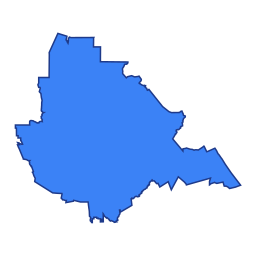 Aldama, Chihuahua, Mexico (Robinson projection)
{"feature_id": "50627088B67043530022751", "entity_name": "Aldama", "entity_type": "district", "adm_level": 2, "iso_a3": "MEX", "parent_name": "Mexico", "parent_adm1": "Chihuahua", "projection": "robinson", "projection_center": [-105.535, 29.114], "detail": "fine", "context": "isolated", "style": "filled", "palette": "blue", "viewbox_px": 256, "rotation_deg": 0, "n_neighbors": 0, "source": "geoboundaries", "source_scale": "gbopen_adm2", "svg_char_len": 5705}
<svg xmlns="http://www.w3.org/2000/svg" viewBox="0 0 256 256"><path d="M218.0,153.7L216.4,150.4L214.9,148.2L207.6,151.5L206.7,151.7L204.1,146.2L203.9,146.1L202.6,147.2L198.3,150.0L196.9,149.8L195.0,149.8L194.1,150.2L192.4,149.4L190.2,149.2L186.4,148.0L185.5,148.4L183.0,148.8L182.9,151.0L172.7,138.9L175.2,134.6L175.6,134.3L175.4,134.0L176.4,133.1L176.8,132.6L176.9,132.2L176.7,131.8L176.6,131.0L176.5,130.9L176.1,130.9L176.3,130.0L176.7,129.8L178.0,129.5L178.5,129.7L178.8,129.6L179.4,129.0L179.9,128.2L180.2,128.1L180.4,128.2L180.7,127.9L180.6,127.4L180.6,126.7L180.9,126.4L181.6,126.4L182.0,126.0L182.6,125.8L182.4,123.6L182.3,123.3L182.1,123.1L182.1,122.7L182.7,122.4L182.7,122.1L183.0,121.8L182.9,121.1L183.0,120.7L182.8,120.4L183.3,119.7L183.3,119.0L184.0,118.1L185.2,117.1L185.3,116.2L184.9,115.7L183.8,115.6L183.5,115.4L183.0,113.3L182.7,113.2L182.3,111.9L182.0,111.8L181.8,111.5L181.9,111.2L181.4,111.2L181.2,111.1L179.4,112.5L171.5,112.6L169.0,111.7L162.6,106.6L148.9,89.4L147.7,90.3L147.2,90.1L146.7,88.3L145.8,87.8L145.1,87.0L145.4,86.6L145.6,85.9L145.6,85.6L145.3,85.6L144.9,86.1L144.6,86.0L144.4,85.5L144.0,85.8L143.3,85.4L142.4,85.2L141.8,84.9L141.5,84.7L141.2,84.6L140.3,83.8L139.6,83.7L139.2,83.4L139.1,83.1L139.4,82.6L140.9,81.0L141.2,80.3L141.2,79.8L141.3,79.3L139.0,76.1L138.5,76.4L134.8,76.9L134.3,76.8L132.0,75.8L131.5,75.7L127.5,76.7L126.3,77.8L122.8,73.8L122.6,73.0L122.8,71.5L122.5,69.6L122.5,68.6L122.9,67.8L123.6,66.9L123.7,66.3L124.1,66.0L124.4,65.1L124.5,64.4L125.5,64.2L125.9,64.1L126.2,64.0L126.5,64.2L126.9,64.0L127.0,63.8L127.3,63.7L127.8,63.0L127.9,62.7L127.9,62.0L100.4,61.7L100.5,46.9L93.5,46.9L93.6,37.9L93.8,37.5L71.0,37.6L69.4,37.1L68.8,37.9L68.3,39.1L68.4,40.8L68.3,41.5L68.1,42.0L68.2,42.4L68.0,43.2L67.9,43.0L67.7,42.3L67.2,42.0L67.1,41.8L66.9,40.6L66.7,40.4L66.3,40.1L66.1,40.0L66.2,39.1L66.5,38.2L66.9,36.7L66.9,36.2L57.9,33.4L49.2,52.5L49.3,54.7L49.1,77.5L38.7,77.5L38.7,83.0L37.9,84.8L38.7,87.4L39.9,87.4L40.3,88.1L39.3,91.7L40.9,93.5L41.4,97.6L42.1,100.3L41.7,102.9L41.7,105.1L41.5,107.5L41.6,108.1L41.4,108.5L41.3,110.6L41.5,110.7L41.4,110.9L41.6,111.2L42.2,111.6L42.2,111.8L42.6,112.1L43.4,112.6L43.7,112.6L43.4,112.8L43.1,112.8L42.3,113.6L42.1,114.8L41.9,114.8L42.0,115.6L41.6,116.2L41.2,116.4L41.1,116.6L41.3,117.4L41.3,118.4L41.8,118.8L41.9,119.3L42.0,119.4L42.3,119.8L42.0,120.6L42.2,120.9L42.1,121.1L42.2,121.5L41.9,121.4L41.0,121.5L40.2,121.4L39.4,121.8L39.2,122.0L39.2,122.4L38.9,122.9L38.2,122.8L37.6,123.0L36.9,122.6L36.5,122.7L35.7,122.0L34.7,121.6L34.3,121.6L33.2,120.8L30.9,120.5L30.0,120.9L29.7,121.4L29.6,123.7L29.7,125.0L15.4,125.0L15.4,128.1L16.4,128.2L16.5,135.7L18.1,135.7L18.0,138.0L20.7,138.0L20.7,140.5L21.0,140.5L22.6,144.2L22.2,144.3L21.8,144.3L20.0,143.7L19.4,143.4L19.2,143.0L18.7,142.8L17.6,142.6L18.0,143.3L19.0,144.4L19.2,144.7L17.5,144.8L18.5,147.4L19.1,148.5L23.4,158.9L23.4,159.1L23.6,159.1L23.8,159.0L24.6,159.3L26.5,159.6L27.7,160.4L28.3,160.6L29.7,160.6L29.5,160.8L29.2,161.8L29.6,162.3L29.6,163.3L29.5,163.7L30.0,164.7L30.5,165.3L31.2,166.5L31.5,166.3L33.4,171.6L32.4,172.2L32.9,172.8L33.9,175.8L35.2,178.3L34.7,181.6L52.7,192.9L57.7,193.3L61.9,193.5L62.0,194.2L61.2,198.1L61.4,198.2L62.7,199.9L63.3,199.8L66.0,200.7L66.3,200.6L65.9,202.6L73.4,201.2L73.7,200.3L80.5,202.0L88.1,202.0L88.4,204.0L88.4,204.6L89.3,211.2L89.5,216.3L90.3,217.0L90.7,217.8L90.6,218.5L90.3,219.2L90.3,220.6L90.9,220.6L90.9,221.4L91.6,221.4L91.6,222.5L92.0,222.6L92.3,222.6L92.3,218.8L93.8,218.8L93.8,217.3L96.7,217.3L96.8,218.2L98.2,218.2L98.2,218.8L100.4,218.8L100.4,220.6L101.2,220.6L101.2,219.4L101.8,219.3L101.8,220.0L102.6,220.0L102.6,220.6L101.8,220.6L101.8,221.2L100.4,221.2L100.4,221.9L103.3,221.8L103.2,213.8L103.7,214.5L103.8,215.2L104.3,215.7L104.4,216.0L104.6,216.3L106.4,217.9L106.5,218.0L106.8,217.6L107.1,217.7L108.7,219.2L109.1,219.3L109.5,220.5L110.1,220.5L110.3,220.8L110.5,220.9L111.2,221.4L111.0,221.0L111.1,220.8L111.5,220.6L112.5,221.2L113.1,221.3L113.8,221.7L114.2,222.3L114.4,222.3L114.6,222.0L115.0,222.0L115.3,222.2L115.6,222.1L115.7,221.9L116.6,221.8L116.5,221.7L116.1,221.6L116.2,221.0L116.6,221.0L117.0,220.3L117.8,220.4L117.9,220.0L117.6,219.7L117.4,219.1L117.4,218.5L117.6,217.5L117.7,217.2L118.3,216.9L118.7,216.6L118.9,215.4L119.8,214.0L120.0,212.9L119.7,212.1L119.8,211.0L119.5,210.3L119.5,210.0L120.1,210.0L120.4,212.1L131.9,205.3L131.1,198.8L131.3,198.7L131.4,198.8L131.5,198.6L131.6,198.8L131.7,198.6L132.2,198.7L132.4,198.5L132.8,198.7L133.0,198.2L133.5,198.3L134.0,198.0L134.8,197.0L135.3,196.5L136.7,196.3L136.9,196.4L137.1,196.7L137.8,196.8L138.3,196.6L138.8,196.6L139.3,196.3L139.5,196.0L139.3,195.9L139.3,195.4L139.0,195.3L139.0,195.0L139.3,195.0L140.3,194.0L141.4,193.4L141.2,193.2L141.3,193.1L141.2,192.9L141.5,192.5L141.7,191.6L142.3,191.8L142.7,190.8L142.8,190.7L142.9,190.8L143.1,190.5L143.8,190.0L143.9,189.7L144.6,189.3L145.2,189.2L146.1,188.3L146.6,188.0L146.8,187.7L147.0,187.8L147.1,187.5L147.2,186.9L147.4,186.7L147.4,186.1L147.9,185.8L148.2,185.8L148.4,185.1L148.7,185.3L149.0,185.2L149.2,184.4L149.4,184.4L149.3,183.4L149.5,183.1L149.4,182.8L149.8,182.5L149.7,182.2L150.3,181.7L150.4,181.4L151.3,181.1L152.1,179.9L152.3,180.1L152.3,180.3L152.6,181.0L154.1,180.8L154.7,181.4L155.0,181.6L155.4,182.2L155.5,182.5L156.9,183.7L158.0,183.3L159.8,187.0L168.2,181.7L171.3,189.8L178.3,176.8L184.6,182.2L184.8,182.6L185.4,183.1L186.2,184.2L186.4,184.9L210.5,178.1L209.5,181.4L209.5,184.9L210.0,184.6L210.3,184.0L210.5,183.9L213.2,182.9L213.6,182.8L214.6,182.4L214.7,182.6L216.8,183.4L223.0,182.1L224.2,186.1L226.3,186.2L227.7,186.9L229.6,188.5L235.5,187.1L240.6,185.2L231.1,172.8L225.2,164.2L221.9,158.8L221.0,157.7L219.1,154.9L218.0,153.7Z" fill="#3b82f6" stroke="#1e3a8a" stroke-width="1.5"/></svg>